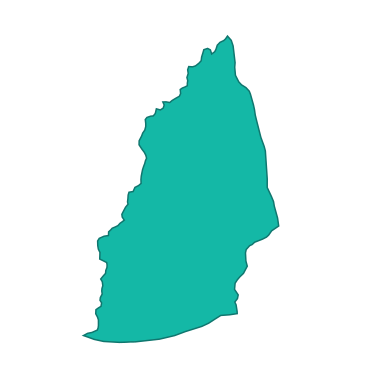 Campestre do Maranhão, Maranhão, Brazil (Mercator projection), rotated 277°
{"feature_id": "56859067B99691439302413", "entity_name": "Campestre do Maranhão", "entity_type": "district", "adm_level": 2, "iso_a3": "BRA", "parent_name": "Brazil", "parent_adm1": "Maranhão", "projection": "mercator", "projection_center": [-47.249, -6.177], "detail": "fine", "context": "isolated", "style": "filled", "palette": "teal", "viewbox_px": 384, "rotation_deg": 277, "n_neighbors": 0, "source": "geoboundaries", "source_scale": "gbopen_adm2", "svg_char_len": 2333}
<svg xmlns="http://www.w3.org/2000/svg" viewBox="0 0 384 384"><g transform="rotate(277 192 192)"><path d="M76.8,251.7L79.1,251.3L85.4,249.5L88.0,247.9L91.7,250.1L95.5,250.4L100.5,246.1L106.7,245.9L110.4,247.7L113.6,249.8L117.5,253.0L125.1,255.9L130.1,253.9L138.1,252.5L141.5,252.8L145.7,255.7L147.2,258.1L149.8,260.3L153.8,267.7L156.3,271.4L158.5,273.3L163.2,275.8L168.8,282.2L176.6,280.1L188.0,275.4L192.4,274.1L197.2,271.4L205.6,266.1L214.0,265.1L241.7,259.8L246.2,258.0L254.6,253.7L271.3,247.2L276.1,245.4L281.3,244.0L285.9,242.4L296.4,238.0L299.1,236.5L302.2,232.8L304.4,228.1L307.0,225.0L313.1,220.9L321.0,219.2L325.6,219.0L342.0,215.0L347.3,212.5L351.1,208.2L348.0,206.6L346.2,205.1L344.0,201.6L340.8,199.2L336.5,198.4L333.9,197.4L331.4,194.7L335.3,192.9L336.4,190.0L334.7,186.4L331.0,185.8L327.2,185.1L323.4,185.1L320.7,183.2L317.6,180.1L316.3,177.3L316.1,173.5L312.8,172.8L309.2,173.8L305.0,173.0L302.0,174.2L299.4,174.1L296.9,174.4L295.3,172.1L294.0,169.7L292.3,167.8L288.3,168.7L285.5,167.8L283.0,164.4L280.4,161.1L278.1,159.0L278.3,155.2L277.8,152.1L275.0,153.8L271.8,153.2L269.6,150.6L270.2,146.5L265.5,146.0L262.8,144.3L262.2,141.7L260.5,138.2L258.2,136.8L254.5,137.7L251.4,138.1L247.7,137.6L244.5,135.9L241.5,135.2L236.4,133.3L232.4,133.7L230.5,135.3L228.5,137.0L225.6,139.8L222.8,141.7L220.0,142.8L217.5,142.0L214.4,141.6L211.7,140.9L208.1,140.2L204.2,139.9L201.6,139.7L198.2,139.8L194.3,140.4L191.9,138.2L189.6,134.8L185.3,133.5L184.1,129.5L181.2,129.0L177.6,129.2L174.3,129.2L172.1,130.0L168.8,127.9L164.6,126.3L161.3,125.1L158.6,125.8L155.8,128.2L154.0,126.4L152.2,124.4L149.6,122.6L147.9,120.0L146.3,117.2L144.4,115.9L142.3,114.1L138.6,114.4L137.4,110.1L134.7,105.6L131.9,104.3L127.3,105.0L123.9,106.0L120.8,108.0L117.7,108.3L114.2,108.6L112.7,112.9L111.6,115.9L109.3,116.6L106.7,116.8L103.6,116.0L100.7,116.1L97.8,114.1L94.5,112.0L92.0,113.9L88.1,114.9L85.3,114.4L82.8,114.5L79.8,115.3L76.1,113.9L73.3,113.9L70.9,115.8L67.4,115.6L65.6,113.3L63.5,111.0L59.4,111.3L56.4,113.4L53.7,114.7L48.1,115.4L45.7,115.4L43.4,114.8L40.4,109.8L39.0,105.6L36.3,101.8L35.1,107.2L33.8,112.8L32.9,122.5L33.9,138.2L34.8,144.2L35.7,149.2L36.3,153.7L40.3,170.6L42.0,177.7L47.4,192.3L52.6,202.3L56.2,210.2L59.8,218.1L63.8,224.5L68.1,229.6L73.0,235.6L74.7,244.2L76.8,251.7Z" fill="#14b8a6" stroke="#0f766e" stroke-width="1.5"/></g></svg>